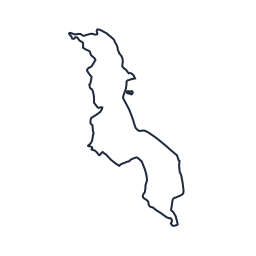 an SVG outline of Malawi, rotated 347°
{"feature_id": "MWI", "entity_name": "Malawi", "entity_type": "country or territory", "adm_level": 0, "iso_a3": "MWI", "parent_name": "Africa", "parent_adm1": "", "projection": "mercator", "projection_center": [34.097, -13.263], "detail": "fine", "context": "isolated", "style": "outline", "palette": "slate", "viewbox_px": 256, "rotation_deg": 347, "n_neighbors": 0, "source": "natural_earth", "source_scale": "50m", "svg_char_len": 2938}
<svg xmlns="http://www.w3.org/2000/svg" viewBox="0 0 256 256"><g transform="rotate(347 128 128)"><path d="M99.3,147.7L97.9,145.7L96.7,146.2L95.1,147.6L94.2,148.0L93.7,147.9L93.4,147.6L93.1,146.7L91.8,144.1L90.4,142.3L88.9,141.6L87.7,140.8L88.2,140.0L88.8,139.4L88.6,138.8L87.9,137.9L85.2,136.6L85.2,136.1L87.5,135.0L89.0,133.7L90.0,132.5L91.3,129.7L92.3,127.0L93.1,126.1L93.3,124.3L93.2,122.3L93.7,119.7L93.9,117.2L93.2,116.3L92.5,114.6L93.3,111.8L94.5,109.9L100.4,107.9L104.5,106.1L105.4,105.3L106.8,103.7L107.6,102.2L107.0,101.8L103.8,101.7L103.0,101.1L100.6,95.8L101.9,89.7L102.0,87.3L102.0,84.4L101.6,82.2L100.6,81.3L100.0,80.1L100.1,76.9L101.1,76.6L103.1,72.4L104.0,69.9L102.9,67.9L101.7,65.1L101.2,63.3L100.9,62.7L101.7,61.6L103.1,60.6L104.7,60.3L106.3,59.8L111.5,54.5L111.5,53.5L110.6,51.8L108.7,49.2L108.2,48.1L108.0,44.9L107.2,44.0L104.4,41.9L102.2,39.6L102.9,37.4L103.3,34.9L102.2,33.5L100.6,32.1L99.6,30.0L99.1,28.5L97.9,27.9L96.7,27.9L95.9,28.8L94.9,28.8L93.8,28.4L93.5,27.1L93.4,25.7L92.6,24.7L91.9,23.3L91.8,22.6L92.3,22.4L93.2,22.3L97.4,25.0L99.9,25.1L102.7,25.6L105.1,28.0L106.4,28.3L108.0,28.0L112.5,27.8L114.3,28.1L116.6,29.5L117.6,29.7L119.0,29.8L119.3,29.4L119.4,28.5L119.2,26.9L119.5,26.0L120.4,25.0L122.9,26.1L129.0,31.4L129.2,32.0L133.2,37.2L134.4,39.4L134.4,40.6L135.7,45.1L135.9,47.2L135.7,48.9L135.7,50.1L136.2,52.0L136.0,52.8L137.4,55.5L138.1,57.8L138.2,60.0L137.9,62.2L136.6,65.4L136.4,66.6L136.7,67.8L137.5,69.1L138.8,70.4L139.8,72.1L140.5,74.0L141.1,74.9L141.8,74.9L143.1,75.2L144.2,76.3L145.4,78.2L145.8,80.4L146.0,81.3L142.5,81.2L138.0,81.6L137.0,82.4L136.6,84.3L135.2,88.2L134.5,89.7L132.8,92.3L130.5,96.0L130.0,97.2L130.1,98.5L131.5,103.5L132.9,108.8L133.4,110.9L134.4,118.0L134.9,122.9L135.0,125.9L135.5,129.8L136.8,131.9L138.1,133.3L143.1,134.1L144.6,135.0L147.5,137.6L153.7,144.5L157.1,148.9L160.1,152.8L165.4,160.1L169.6,165.7L170.1,171.0L170.8,171.8L169.4,175.7L168.5,182.1L169.2,186.3L168.9,193.5L168.1,201.2L167.2,204.0L165.9,205.0L163.0,205.8L156.6,206.8L155.7,207.7L154.8,209.2L153.5,212.7L152.0,216.3L151.5,217.9L151.8,218.2L153.2,220.1L154.6,224.7L154.8,232.8L154.3,233.4L152.4,233.7L150.4,233.6L149.6,233.2L148.8,232.3L148.3,230.5L149.6,229.3L150.1,227.3L149.2,225.5L147.5,225.1L145.3,223.4L140.7,218.1L136.8,214.3L134.6,211.2L132.2,209.9L131.6,209.2L131.0,207.9L131.0,206.0L131.2,204.6L130.5,203.0L128.2,200.6L127.1,199.2L127.1,197.6L128.0,196.1L130.0,194.2L131.5,190.4L132.1,187.9L134.9,183.0L135.3,178.6L135.3,175.2L135.2,172.6L134.4,167.4L133.9,163.7L130.5,159.0L129.4,158.5L126.1,158.9L123.2,159.6L121.8,160.6L119.7,160.7L114.2,161.5L112.4,161.9L111.4,162.7L110.9,162.9L107.4,159.2L104.3,155.2L100.4,148.5L99.3,147.7ZM139.6,95.8L138.7,96.0L138.1,95.5L138.3,94.0L138.6,93.0L139.5,92.8L140.2,93.1L140.6,93.6L140.6,94.4L140.3,95.2L139.6,95.8ZM137.6,93.1L137.0,94.6L135.9,94.5L134.9,93.3L135.2,92.3L136.2,92.0L137.1,92.3L137.6,93.1Z" fill="none" stroke="#1e293b" stroke-width="2"/></g></svg>